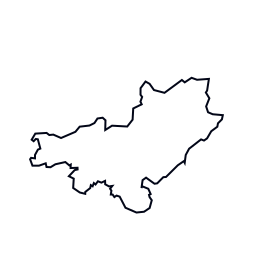 the district of Studenichani, Studeničani, North Macedonia, rotated 218°
{"feature_id": "65306769B72053820604170", "entity_name": "Studenichani", "entity_type": "district", "adm_level": 2, "iso_a3": "MKD", "parent_name": "North Macedonia", "parent_adm1": "Studeničani", "projection": "albers", "projection_center": [21.452, 41.825], "detail": "fine", "context": "isolated", "style": "outline", "palette": "ink", "viewbox_px": 256, "rotation_deg": 218, "n_neighbors": 0, "source": "geoboundaries", "source_scale": "gbopen_adm2", "svg_char_len": 1439}
<svg xmlns="http://www.w3.org/2000/svg" viewBox="0 0 256 256"><g transform="rotate(218 128 128)"><path d="M142.8,175.4L142.6,167.1L138.6,161.9L136.0,161.2L134.4,156.4L131.8,155.1L135.9,146.6L129.5,137.4L129.5,128.7L142.0,120.0L144.7,112.4L150.5,120.2L154.3,120.5L157.9,116.7L157.5,111.2L159.9,106.2L166.9,99.3L167.1,92.6L174.6,78.9L182.8,76.8L185.7,74.0L189.1,74.0L197.6,66.5L196.7,59.5L194.2,59.5L193.9,62.6L192.1,63.6L184.4,57.8L185.7,55.5L184.7,49.5L182.6,46.8L186.0,44.8L185.9,43.1L180.1,39.5L174.9,43.6L171.1,49.5L168.2,47.1L164.9,49.4L162.9,54.7L156.4,62.6L151.2,62.4L150.6,63.9L148.6,61.1L143.3,65.6L142.2,64.3L144.1,62.0L144.9,53.6L139.6,54.7L134.3,47.0L126.3,47.5L121.2,49.8L122.3,51.3L120.8,57.4L122.1,60.1L120.0,60.3L121.0,63.6L118.8,63.5L118.9,67.5L115.3,68.6L113.5,72.2L111.3,69.6L107.0,70.3L104.7,72.7L104.7,69.1L102.5,68.4L100.6,65.0L99.2,66.1L96.2,65.2L95.4,67.7L92.3,68.8L80.9,63.6L69.3,66.6L63.8,71.9L61.7,78.3L64.8,85.7L68.4,86.8L70.3,88.3L69.5,89.9L74.6,92.6L81.0,90.8L80.4,89.0L84.4,95.9L83.2,100.0L72.8,100.4L70.9,102.4L69.9,111.0L67.9,112.8L65.8,129.3L63.6,136.3L61.9,135.5L65.9,142.3L67.1,149.3L63.4,164.0L60.4,164.9L59.3,168.5L60.4,176.7L58.4,184.0L60.0,187.1L59.3,192.6L61.2,196.5L69.7,191.0L74.6,189.7L79.7,193.1L82.2,201.5L88.5,203.9L88.7,206.2L94.5,216.5L103.3,208.5L108.8,206.7L111.4,198.9L115.1,199.0L120.9,178.2L130.9,173.9L138.2,176.1L142.8,175.4Z" fill="none" stroke="#020617" stroke-width="2"/></g></svg>